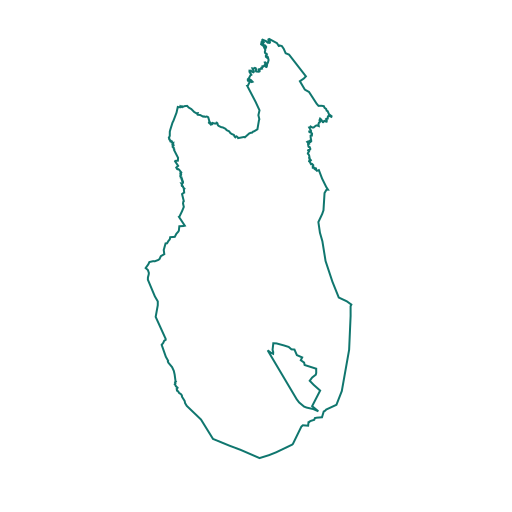 Durbes pag., Durbes, Latvia (Equal Earth projection), rotated 237°
{"feature_id": "27541924B87236777482694", "entity_name": "Durbes pag.", "entity_type": "district", "adm_level": 2, "iso_a3": "LVA", "parent_name": "Latvia", "parent_adm1": "Durbes", "projection": "equal_earth", "projection_center": [21.473, 56.574], "detail": "fine", "context": "isolated", "style": "outline", "palette": "teal", "viewbox_px": 512, "rotation_deg": 237, "n_neighbors": 0, "source": "geoboundaries", "source_scale": "gbopen_adm2", "svg_char_len": 6142}
<svg xmlns="http://www.w3.org/2000/svg" viewBox="0 0 512 512"><g transform="rotate(237 256 256)"><path d="M414.3,260.3L413.4,258.7L408.5,252.8L407.2,251.4L403.7,249.1L402.7,247.4L402.2,247.5L401.6,246.9L400.9,246.8L400.6,247.1L398.7,246.6L398.1,247.2L398.2,247.8L397.8,247.8L397.2,247.3L396.9,247.7L396.2,247.5L396.0,248.0L395.7,247.5L395.0,247.6L395.0,246.8L393.8,246.9L394.0,246.2L392.8,245.5L391.7,246.0L390.8,245.4L390.0,245.6L389.4,245.0L380.8,244.1L378.5,242.4L379.7,240.2L379.5,239.7L374.0,239.8L373.6,237.3L372.0,237.2L371.5,237.4L371.3,238.1L370.4,238.5L367.1,238.8L367.2,238.3L366.7,237.7L366.1,238.0L365.6,237.9L365.6,237.4L364.7,237.2L364.5,236.6L364.7,236.4L364.0,235.9L363.2,236.0L362.8,235.7L362.4,236.3L361.0,235.5L360.7,235.9L360.4,235.8L359.8,235.2L359.2,235.4L358.8,234.9L358.1,235.2L357.4,234.8L357.6,234.5L356.9,233.6L357.5,232.9L356.1,232.8L355.7,232.2L355.1,232.0L354.1,232.7L353.0,232.2L351.5,232.7L351.0,231.7L348.3,230.3L348.4,229.9L348.2,227.7L341.3,225.3L341.1,224.6L339.8,223.4L336.5,222.2L333.8,218.3L330.8,213.3L330.8,212.7L320.2,212.8L320.7,211.4L322.7,207.9L319.4,205.2L318.8,204.2L318.0,201.3L316.3,198.3L318.5,194.3L316.9,192.7L316.4,190.9L315.1,188.3L315.8,187.0L311.3,181.9L307.5,180.1L307.7,176.1L306.0,173.4L305.9,171.9L306.7,168.2L307.7,166.9L309.0,163.3L307.7,161.2L306.0,156.9L303.1,157.7L300.1,156.9L298.9,155.9L296.9,153.7L295.0,152.4L277.3,149.2L271.4,148.9L268.2,146.8L259.6,138.7L235.7,135.1L234.9,134.6L234.9,132.8L233.6,130.8L232.9,128.5L220.6,125.5L215.9,125.2L215.5,124.6L214.3,124.4L208.5,125.1L204.4,124.5L200.9,123.2L195.0,120.4L194.3,120.4L194.2,119.3L193.0,119.0L192.7,118.0L191.0,118.1L190.4,117.8L188.3,118.5L187.6,117.6L187.7,117.1L186.1,116.4L184.9,117.0L183.1,116.9L181.0,117.8L179.4,117.9L178.4,117.3L173.3,117.2L171.2,116.4L168.0,116.3L148.8,120.8L126.0,120.3L111.0,130.7L101.5,137.7L84.6,148.9L81.9,158.4L80.4,165.9L78.1,183.6L78.3,184.6L88.2,201.1L88.5,203.1L85.3,207.3L88.0,209.5L87.7,210.2L88.0,210.7L87.8,212.4L86.9,215.6L88.0,217.1L87.2,219.1L84.8,223.5L88.7,228.1L88.6,229.8L89.0,231.2L87.4,242.4L96.0,254.4L126.6,283.0L154.2,302.7L162.4,308.0L163.3,309.5L168.5,307.5L176.1,302.8L192.9,306.1L213.9,311.6L232.2,319.7L240.7,322.3L250.5,326.8L255.2,334.4L257.6,337.5L271.5,347.8L273.1,351.0L273.1,351.4L272.4,352.5L275.7,352.5L285.0,353.6L293.8,355.5L294.3,353.5L295.9,353.3L296.7,354.0L297.1,353.9L297.2,353.5L296.5,352.8L297.2,352.5L298.5,352.8L299.1,351.7L300.2,352.3L300.5,353.1L301.0,353.5L302.7,353.2L303.1,352.8L302.8,352.4L303.0,352.1L305.7,352.4L306.5,352.1L307.1,352.8L306.2,353.3L306.4,354.2L309.2,353.9L309.5,354.1L309.4,354.5L311.0,355.2L312.4,355.5L313.6,355.2L314.0,355.5L314.8,357.4L316.2,357.2L316.4,357.6L315.9,358.3L315.8,359.0L316.0,359.7L316.5,360.0L318.2,360.3L318.8,359.6L319.2,359.6L321.3,360.5L321.2,361.4L323.8,361.1L323.7,362.0L322.9,362.9L322.0,362.8L321.9,363.6L322.1,363.8L323.4,364.0L323.3,364.5L322.4,364.4L322.2,364.8L322.8,365.2L325.7,366.4L327.3,367.4L327.3,367.9L326.7,368.5L328.0,369.6L329.7,369.6L329.5,369.2L330.8,368.3L331.4,368.5L330.7,370.1L330.9,370.3L334.8,370.6L334.5,371.4L334.9,372.3L333.1,373.2L332.4,374.3L332.7,377.0L332.4,378.2L330.8,379.4L332.7,380.3L333.6,381.5L333.4,382.2L333.8,383.0L335.3,383.2L336.3,384.6L334.8,385.0L331.9,384.9L331.6,385.4L332.1,386.1L332.1,386.9L330.3,388.1L330.2,388.4L331.2,389.2L332.7,389.3L332.8,389.7L332.2,391.0L333.9,392.3L334.0,393.4L331.7,395.0L332.1,395.5L335.2,394.4L338.4,395.0L339.4,394.4L341.1,394.9L343.0,394.2L344.7,394.5L346.1,393.0L347.9,390.2L350.7,389.8L364.7,389.8L368.7,387.7L369.4,387.6L378.7,388.0L378.8,392.8L379.5,395.7L406.9,393.4L409.9,391.3L414.7,392.1L418.0,392.0L419.7,390.5L419.5,390.0L419.7,389.5L423.1,389.5L430.8,385.3L430.9,384.4L430.5,384.0L429.3,383.7L428.4,384.4L427.5,384.0L427.3,383.5L428.5,382.0L430.8,381.4L433.9,379.3L433.8,378.9L433.3,378.6L431.0,378.8L431.0,378.2L432.3,377.1L430.8,375.6L428.9,376.3L430.1,377.6L427.5,377.2L427.3,377.4L427.8,378.1L427.5,378.4L425.8,378.4L425.3,377.8L426.6,376.7L426.5,376.4L423.8,376.1L422.4,374.6L421.5,374.2L420.9,374.3L420.0,375.0L419.3,375.0L418.7,373.4L417.7,372.8L416.4,373.2L417.2,373.8L417.4,374.0L417.2,374.2L416.3,374.3L413.5,373.3L411.7,371.3L411.1,370.1L411.6,369.6L413.3,369.3L413.5,368.8L411.5,368.4L410.7,369.3L410.3,369.4L409.0,368.2L408.8,367.7L409.1,367.4L411.3,366.9L411.0,365.9L411.5,365.0L411.1,364.9L411.3,364.5L410.8,364.1L411.0,363.2L409.9,363.0L411.1,359.9L410.7,359.6L409.2,359.9L408.9,359.6L409.0,358.7L410.6,356.7L411.4,356.6L412.5,357.8L413.7,358.0L414.4,357.5L414.3,356.5L415.3,355.2L412.1,354.7L411.6,354.4L411.5,353.8L413.1,352.8L414.2,352.7L415.0,351.5L414.0,350.8L410.5,350.8L410.5,349.6L409.0,346.9L408.7,345.4L407.8,344.8L407.2,344.8L407.2,346.1L408.0,346.3L407.9,346.8L406.2,347.6L404.0,348.0L404.2,347.1L405.4,346.3L405.4,345.5L403.1,341.6L403.3,341.3L385.4,339.6L376.3,338.3L372.8,334.7L368.9,333.3L368.2,332.4L361.5,326.2L361.6,322.4L361.9,321.4L361.6,319.7L362.1,318.9L362.5,317.2L361.6,311.3L362.3,310.9L364.6,305.2L365.5,305.3L367.0,304.8L367.2,304.1L366.9,303.3L368.0,303.1L369.6,303.4L371.7,302.0L373.4,301.4L375.1,301.4L377.6,299.9L379.3,299.7L381.9,298.2L383.0,297.0L385.5,295.5L386.5,295.3L388.3,295.9L389.2,295.7L389.3,295.6L388.9,295.1L388.9,294.5L390.3,292.7L391.3,292.1L391.3,291.2L390.7,290.9L391.0,290.6L390.9,290.3L391.9,290.3L391.5,289.7L392.5,289.7L392.5,289.3L392.9,289.2L393.0,289.7L393.7,289.5L393.8,289.9L395.1,290.5L398.4,291.5L399.8,290.7L400.4,289.1L401.5,288.4L401.6,287.6L404.6,286.0L406.3,284.0L407.1,284.1L407.6,284.8L408.1,283.8L410.4,282.6L414.4,281.8L417.2,280.4L419.4,280.0L420.6,277.7L420.9,276.0L421.7,275.6L421.3,275.0L422.2,274.5L422.0,274.0L422.7,273.9L422.4,273.5L422.6,272.5L423.6,271.6L419.5,267.4L414.3,260.3ZM99.5,221.3L91.8,223.7L96.4,220.7L101.3,215.9L103.5,214.3L109.7,212.4L113.7,212.1L170.5,214.4L166.8,215.8L164.7,217.1L166.0,218.1L168.3,218.8L173.4,223.0L171.5,225.6L165.8,230.7L161.9,233.9L158.4,234.9L156.6,237.3L150.6,236.3L145.8,239.5L144.2,236.8L140.4,238.3L138.1,237.4L128.7,245.1L125.1,242.8L123.9,241.5L123.5,236.9L122.1,233.1L116.5,234.2L108.2,236.5L99.5,221.3Z" fill="none" stroke="#0f766e" stroke-width="2"/></g></svg>